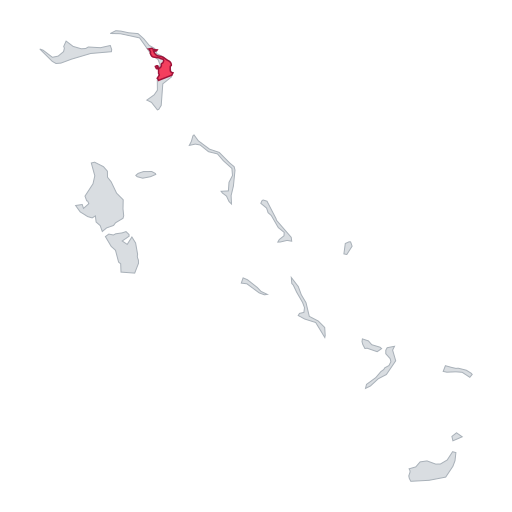 where Central Abaco sits in The Bahamas
{"feature_id": "BHS-5015", "entity_name": "Central Abaco", "entity_type": "District", "adm_level": 1, "iso_a3": "BHS", "parent_name": "The Bahamas", "parent_adm1": "", "projection": "orthographic", "projection_center": [-77.217, 26.497], "detail": "fine", "context": "in_parent", "style": "filled", "palette": "rose", "viewbox_px": 512, "rotation_deg": 0, "n_neighbors": 0, "source": "natural_earth", "source_scale": "10m", "svg_char_len": 4279}
<svg xmlns="http://www.w3.org/2000/svg" viewBox="0 0 512 512"><path d="M123.2,199.8L123.0,209.0L123.7,215.8L123.0,218.3L115.5,222.8L113.6,225.4L106.6,227.9L102.3,231.5L100.2,225.6L96.1,222.0L95.4,215.9L92.2,217.9L87.7,216.6L80.2,211.9L75.6,205.5L82.2,204.5L83.5,208.4L88.8,203.7L87.7,201.1L86.7,200.8L85.0,196.1L93.0,183.8L94.8,175.8L91.3,163.0L94.6,162.2L103.5,166.7L107.4,171.2L107.5,177.2L111.2,181.9L116.6,193.2L123.2,199.8ZM129.0,234.5L129.1,236.2L122.2,241.0L127.2,244.4L131.9,237.0L135.6,243.0L137.6,254.3L137.3,256.3L137.6,258.0L138.4,260.1L138.5,263.3L134.7,273.1L121.0,272.1L120.7,263.8L118.6,262.1L115.5,250.3L111.2,246.4L105.4,236.6L108.8,234.1L113.4,235.0L115.7,233.8L122.1,232.9L126.0,231.6L129.0,234.5ZM455.0,460.7L452.9,466.3L445.7,477.1L429.1,480.3L410.8,481.3L409.3,478.4L408.8,475.9L410.1,471.9L409.9,470.4L409.1,468.8L415.8,466.9L420.1,461.9L427.0,460.9L435.7,464.1L440.4,464.0L447.2,460.0L452.6,451.7L455.9,452.6L455.0,460.7ZM158.8,109.3L157.4,109.9L151.5,102.4L146.8,100.1L154.2,94.8L157.4,90.2L157.3,80.1L159.1,74.6L158.5,69.9L160.2,65.0L158.0,59.5L151.8,55.2L139.6,37.9L120.3,33.7L110.3,33.5L115.8,30.7L120.9,31.1L128.7,32.8L138.0,33.6L143.7,38.7L149.2,45.4L154.1,48.1L156.1,49.9L155.9,51.8L156.7,53.6L163.1,56.8L169.6,61.9L171.6,76.8L162.8,83.8L161.2,105.4L158.8,109.3ZM73.1,46.4L81.3,48.8L85.7,48.5L88.3,47.0L100.5,47.7L110.3,45.5L111.7,49.6L111.4,51.7L90.6,53.5L71.4,59.2L60.9,63.1L56.0,63.5L52.2,61.3L39.8,49.0L43.1,50.2L52.4,57.3L58.2,56.1L63.6,51.6L64.4,48.1L63.7,46.5L66.1,41.1L73.1,46.4ZM198.3,140.8L209.6,149.2L219.2,152.4L229.7,163.0L234.2,166.8L235.0,170.2L233.4,186.1L231.1,195.6L231.5,204.0L229.0,201.5L226.5,196.1L222.4,193.0L221.1,191.3L228.4,190.9L229.0,182.3L232.5,175.5L231.9,168.4L223.3,160.7L217.5,153.9L208.5,151.7L200.2,145.0L195.3,144.1L189.3,145.4L191.4,141.3L192.9,135.9L194.0,134.9L198.3,140.8ZM325.2,335.5L324.8,337.5L315.7,322.5L304.6,319.0L298.2,315.5L299.5,313.4L303.9,312.4L304.5,307.6L302.6,302.5L296.6,292.1L293.3,285.1L291.8,283.5L291.3,277.5L298.3,286.6L301.3,294.8L306.0,302.7L309.3,316.4L318.2,321.0L324.7,327.5L325.2,335.5ZM370.4,386.0L365.5,388.4L366.5,384.4L375.8,377.6L380.9,371.6L383.8,369.5L384.8,367.8L388.9,365.6L390.9,361.8L390.2,358.7L385.8,353.8L385.8,350.2L387.2,347.7L394.5,346.3L392.6,350.1L395.7,360.8L386.4,374.5L378.2,378.8L370.4,386.0ZM291.2,237.3L291.7,241.2L287.1,240.4L280.3,242.0L277.8,242.1L279.3,239.5L284.0,235.8L284.2,232.4L278.3,227.6L271.3,215.5L268.1,212.7L266.6,208.1L260.8,203.3L262.0,200.7L263.1,200.0L267.0,201.2L276.0,218.6L276.5,220.3L291.2,237.3ZM451.5,367.4L455.9,368.4L458.2,368.2L466.3,370.2L471.1,373.2L472.2,374.4L469.8,377.3L462.2,372.3L455.8,371.8L446.8,372.2L443.2,371.4L445.4,365.7L451.5,367.4ZM380.0,347.2L381.6,348.6L377.2,351.7L367.1,348.2L364.9,348.5L362.8,344.5L362.0,341.6L362.4,338.9L368.4,340.9L371.7,344.7L380.0,347.2ZM150.5,176.7L142.7,178.2L137.2,176.7L135.8,175.4L138.1,173.4L143.4,171.6L151.7,171.5L155.4,173.5L155.8,174.4L150.5,176.7ZM267.3,294.4L264.4,294.8L259.2,292.9L246.9,283.8L241.3,283.1L243.1,277.9L247.4,279.7L257.3,287.5L261.0,291.4L267.3,294.4ZM352.1,246.2L346.8,254.5L343.9,253.9L345.3,243.5L349.1,241.8L350.6,241.9L352.1,246.2ZM462.2,436.8L452.9,440.8L451.9,436.4L456.5,432.8L462.2,436.8Z" fill="#d9dde1" stroke="#a8b0b8" stroke-width="1"/><path d="M158.5,80.4L158.3,79.5L157.2,78.3L159.3,75.1L159.2,74.4L158.6,73.5L158.5,68.1L159.5,68.1L160.3,67.7L160.8,67.0L161.3,66.1L161.4,65.7L161.3,64.2L161.5,63.7L161.9,63.4L162.4,63.2L162.7,63.0L163.4,61.8L163.7,60.4L163.2,59.3L160.8,58.7L159.3,57.9L153.0,57.0L151.8,56.2L151.0,55.0L150.2,53.1L150.5,52.6L150.6,52.0L150.4,51.4L149.6,50.3L149.3,49.5L149.1,49.2L148.7,49.0L151.9,48.3L153.3,49.3L154.9,49.8L157.2,49.9L156.6,50.8L155.7,51.1L153.5,51.0L154.4,53.0L155.8,54.7L157.6,55.8L161.7,56.6L163.6,57.5L166.9,59.9L169.3,61.2L170.1,61.9L170.8,62.9L171.3,64.3L171.3,65.5L170.4,66.1L170.2,66.6L170.2,70.0L170.4,71.2L171.0,72.0L171.9,72.5L173.0,72.8L172.1,74.5L172.0,75.1L158.5,80.4ZM157.6,65.8L158.0,66.1L158.1,66.4L158.1,66.5L158.0,66.4L157.7,66.4L157.7,66.5L157.8,66.6L157.7,66.7L157.6,67.6L157.8,68.5L157.4,68.8L157.1,68.8L156.9,68.8L156.3,68.5L156.0,67.7L155.7,67.1L155.3,66.7L155.4,66.4L155.7,66.5L156.0,66.2L156.4,65.8L156.9,65.7L157.6,65.8Z" fill="#f43f5e" stroke="#9f1239" stroke-width="1.5"/></svg>